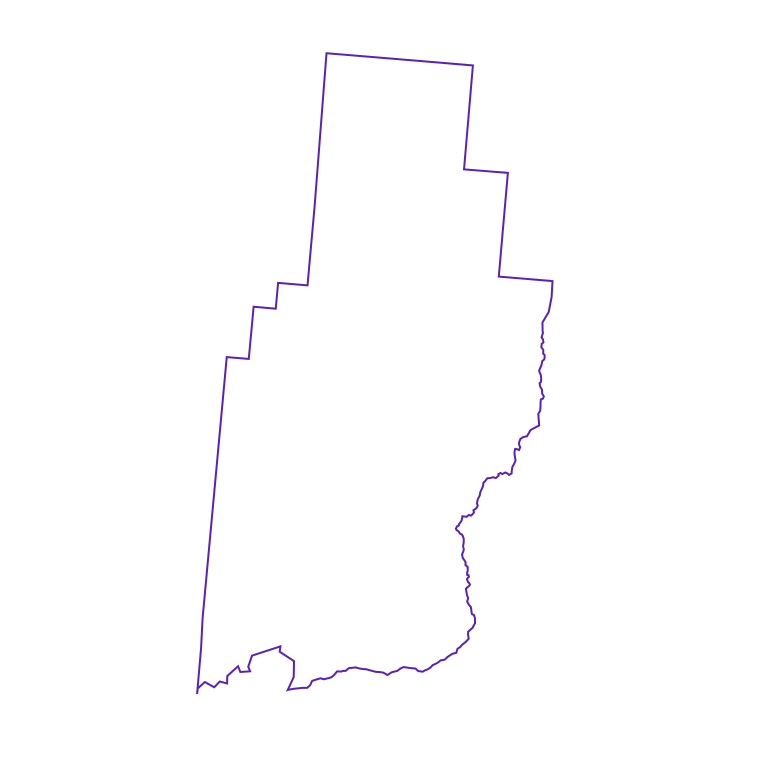 Teton, Montana, United States of America, rotated 275°
{"feature_id": "52423323B79770151103522", "entity_name": "Teton", "entity_type": "district", "adm_level": 2, "iso_a3": "USA", "parent_name": "United States of America", "parent_adm1": "Montana", "projection": "robinson", "projection_center": [-112.547, 47.818], "detail": "fine", "context": "isolated", "style": "outline", "palette": "violet", "viewbox_px": 768, "rotation_deg": 275, "n_neighbors": 0, "source": "geoboundaries", "source_scale": "gbopen_adm2", "svg_char_len": 2822}
<svg xmlns="http://www.w3.org/2000/svg" viewBox="0 0 768 768"><g transform="rotate(275 384 384)"><path d="M70.8,314.8L71.1,315.5L72.5,320.7L74.1,328.7L74.7,334.1L77.6,336.7L82.0,338.3L84.1,343.3L85.3,346.4L84.6,349.7L86.2,354.6L87.3,357.1L89.7,359.6L93.6,362.3L93.8,366.2L94.7,368.5L94.8,370.7L97.8,373.6L98.4,376.6L99.2,380.4L98.5,384.1L98.2,388.1L98.3,391.0L97.5,395.4L97.1,397.6L96.5,401.3L96.7,404.8L96.4,408.5L94.4,412.8L97.5,416.8L99.4,422.3L101.9,425.0L103.7,428.1L103.6,430.7L103.3,434.7L103.3,440.2L101.0,443.1L100.8,447.7L102.2,449.6L103.6,452.4L105.7,455.1L108.1,456.9L110.8,461.5L113.6,464.5L114.7,468.5L117.6,471.1L121.1,475.4L122.5,479.4L126.6,480.3L128.7,482.9L131.2,484.7L134.2,487.9L137.6,490.6L141.4,489.6L144.6,489.4L148.7,493.4L153.6,495.5L158.0,495.2L161.7,493.8L162.3,491.8L164.1,491.1L165.9,490.8L169.5,489.9L171.5,487.8L174.4,485.8L178.0,486.5L181.4,484.9L184.8,484.1L187.0,483.4L188.7,484.7L189.9,486.1L191.6,487.1L193.3,486.2L193.7,485.2L195.6,484.2L196.8,483.7L197.9,484.2L199.4,485.4L200.9,484.9L201.0,483.6L203.3,483.2L205.4,483.7L209.1,483.3L210.8,480.9L213.6,480.8L215.5,479.4L217.4,477.7L221.0,476.6L224.0,477.6L226.3,477.9L229.3,476.9L232.6,477.2L236.5,477.0L239.6,475.7L241.0,474.6L241.4,472.9L243.8,471.0L244.9,468.9L246.2,468.2L248.6,469.2L249.1,470.4L249.9,471.0L251.0,470.9L253.9,472.9L256.0,473.4L259.1,473.6L259.0,475.3L258.9,477.9L261.0,479.9L260.4,482.1L262.4,483.9L264.1,484.8L266.0,484.1L267.3,485.7L268.2,486.8L271.0,488.0L273.2,487.0L277.1,487.4L281.2,489.0L285.3,489.5L288.3,490.7L291.2,491.6L294.2,491.6L295.7,493.0L299.0,495.0L299.7,498.4L300.7,500.8L300.0,503.6L302.7,506.2L304.2,505.8L305.5,507.8L304.6,509.7L306.4,512.5L305.6,514.9L304.3,516.5L306.0,518.9L308.2,518.8L312.5,519.1L315.8,520.6L319.4,521.7L324.4,520.4L327.3,519.9L330.8,520.3L330.6,522.2L330.0,524.3L332.9,525.2L334.7,524.1L337.2,523.6L341.1,524.6L343.3,527.4L344.4,531.0L347.2,532.3L351.0,534.1L353.2,537.5L355.0,540.3L356.2,542.2L359.4,541.7L362.6,541.1L367.7,540.3L370.9,541.9L375.1,541.9L378.5,541.6L382.3,541.6L383.4,543.7L385.6,544.3L388.0,542.5L392.1,541.9L394.7,540.0L398.3,538.9L399.8,540.2L403.6,540.1L407.2,539.2L409.0,538.0L411.0,537.4L412.9,538.0L416.6,539.2L420.6,539.7L422.5,541.5L424.9,541.7L427.0,541.4L428.1,539.9L431.9,539.7L434.3,537.5L437.7,537.6L439.3,539.2L442.3,538.5L444.1,536.9L448.8,537.9L450.5,537.4L459.1,536.5L470.1,541.8L485.2,543.4L501.2,542.9L501.0,489.0L605.1,489.0L604.8,445.0L613.2,445.0L709.1,444.8L708.5,297.9L554.3,299.4L475.6,299.2L475.5,269.7L449.6,269.6L449.6,247.4L397.2,247.1L397.1,225.0L134.8,223.7L104.9,224.8L58.8,224.8L64.5,225.0L71.5,231.5L67.1,241.3L73.3,246.3L72.0,253.8L79.4,253.3L90.1,263.2L84.6,266.0L86.1,275.7L90.5,273.4L101.9,276.2L113.6,303.7L108.2,303.4L100.1,318.5L84.2,319.6L70.8,314.8Z" fill="none" stroke="#5b21b6" stroke-width="2"/></g></svg>